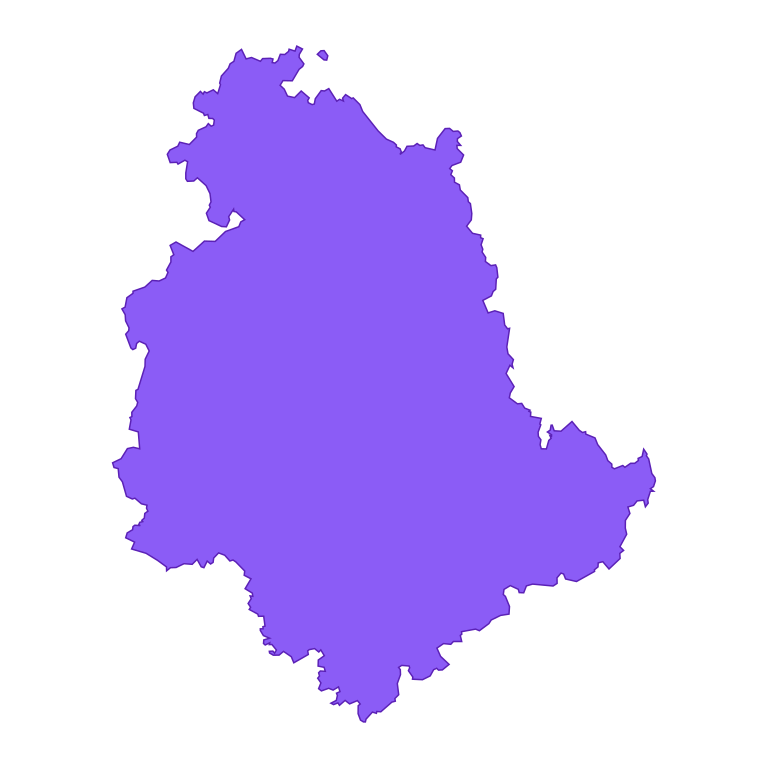 Umbria, Perugia, Italy
{"feature_id": "23120603B26790412086965", "entity_name": "Umbria", "entity_type": "district", "adm_level": 2, "iso_a3": "ITA", "parent_name": "Italy", "parent_adm1": "Perugia", "projection": "orthographic", "projection_center": [12.541, 42.991], "detail": "fine", "context": "isolated", "style": "filled", "palette": "violet", "viewbox_px": 768, "rotation_deg": 0, "n_neighbors": 0, "source": "geoboundaries", "source_scale": "gbopen_adm2", "svg_char_len": 6072}
<svg xmlns="http://www.w3.org/2000/svg" viewBox="0 0 768 768"><path d="M246.1,58.9L241.5,49.4L236.1,53.3L233.9,61.3L230.1,63.8L228.3,68.3L221.4,76.0L219.7,83.1L220.5,84.7L217.7,93.6L213.3,89.8L206.9,92.9L204.4,91.7L203.1,94.1L200.4,91.4L195.1,96.8L193.3,102.9L193.9,108.4L203.5,113.2L204.4,115.5L207.8,114.5L208.9,118.4L212.7,118.5L214.3,120.1L213.6,125.1L211.2,126.2L208.3,123.6L206.0,126.8L198.3,130.3L196.5,133.6L196.6,137.1L189.3,144.5L179.7,142.2L177.8,146.2L170.0,150.0L167.3,154.3L170.2,162.6L176.9,162.3L178.0,164.1L184.9,160.2L187.6,161.7L185.8,172.9L185.8,178.8L187.4,181.3L193.8,181.0L197.4,177.8L206.1,185.6L210.0,193.6L211.0,201.9L209.3,205.2L210.3,207.2L206.4,213.2L209.0,220.6L221.6,226.5L226.4,226.8L229.6,220.0L228.7,216.7L233.6,209.2L233.9,211.5L236.3,211.9L244.7,219.7L240.8,221.9L238.8,226.7L225.5,231.5L215.2,241.4L204.4,241.1L193.0,251.4L176.0,242.0L170.1,245.4L173.8,254.7L170.9,256.8L170.9,262.0L166.5,270.1L168.0,272.4L165.5,278.0L159.1,281.0L152.2,280.4L144.8,287.1L133.0,291.2L133.0,293.3L126.9,297.7L125.1,307.1L121.9,308.9L125.2,314.7L125.6,320.9L129.0,327.8L128.7,330.7L125.7,334.2L130.9,348.0L132.8,349.6L135.7,348.2L136.6,343.5L139.3,341.2L145.8,344.2L149.2,351.0L145.2,359.2L145.0,366.4L138.0,389.3L135.9,390.4L135.5,398.7L137.7,402.3L136.7,406.0L131.8,412.3L131.9,416.6L129.9,417.5L131.0,419.9L129.3,429.2L138.3,431.9L139.7,448.8L133.4,447.3L127.4,448.6L121.1,458.7L112.6,462.8L114.0,467.5L118.2,468.6L119.0,477.2L122.4,481.8L126.5,496.3L132.3,499.0L134.9,498.2L141.4,503.8L147.0,505.2L146.5,508.2L147.9,511.2L144.8,513.4L144.3,518.1L141.8,520.3L142.7,521.6L139.8,522.3L138.7,524.6L140.3,525.6L134.8,525.2L133.0,526.6L132.6,529.7L127.2,532.9L125.7,537.8L134.6,542.1L131.6,549.0L146.1,553.3L157.6,560.4L166.5,566.9L166.6,570.8L170.5,567.7L176.1,567.5L184.0,563.7L192.2,564.3L197.1,559.4L201.2,566.8L203.9,567.7L207.2,561.1L210.6,564.0L213.1,562.4L213.7,558.0L218.6,552.9L224.7,555.2L229.9,561.0L233.0,560.0L235.8,561.9L244.7,571.0L244.2,575.3L251.0,578.8L245.1,588.7L252.3,593.1L252.8,596.3L250.1,595.9L251.2,598.7L248.1,603.5L250.6,607.2L249.2,609.5L257.8,614.1L258.5,616.3L263.7,616.2L265.0,626.1L262.9,626.7L263.1,628.8L260.3,628.8L260.3,630.4L263.4,635.6L269.6,638.2L263.8,639.9L263.5,643.5L265.2,645.0L269.7,642.8L269.3,644.6L271.9,644.5L276.4,650.0L274.6,653.2L272.9,651.1L269.3,651.3L269.6,653.0L273.3,655.2L279.1,655.1L283.5,651.4L291.3,656.7L293.8,662.8L308.3,654.5L307.7,650.8L309.3,649.6L314.6,648.6L318.8,652.0L320.8,649.9L324.3,655.7L318.3,660.0L318.1,666.1L324.1,667.3L325.3,671.3L320.3,671.0L318.6,672.8L319.5,676.0L317.7,678.2L320.9,682.9L318.6,688.7L321.4,690.9L328.7,688.3L333.1,690.1L338.5,686.9L340.0,691.6L336.5,693.2L337.4,695.5L336.3,700.4L330.9,703.2L333.6,704.6L337.9,702.9L339.5,705.3L345.1,700.4L349.6,703.9L357.4,700.6L360.2,704.0L358.2,705.7L358.1,713.7L360.5,720.1L363.4,721.9L365.4,721.9L366.0,719.2L372.4,712.1L376.4,713.3L376.8,711.5L380.8,711.8L391.9,702.1L395.3,701.2L394.9,698.5L398.7,694.7L397.3,683.5L400.5,674.6L400.3,669.6L398.6,667.4L401.7,665.4L409.1,666.0L409.7,667.8L408.4,670.7L412.8,677.0L412.5,679.2L422.5,679.7L430.2,675.9L433.6,669.7L436.7,668.3L438.5,670.1L442.4,669.9L449.1,664.4L440.6,656.4L436.9,648.1L443.5,643.6L450.8,644.3L453.4,641.5L461.7,641.5L460.3,635.4L461.8,634.2L461.5,631.7L475.6,629.1L479.4,630.7L488.9,623.6L491.2,620.0L500.6,615.4L509.0,614.1L509.5,606.5L505.4,596.4L503.3,594.5L504.0,589.4L510.3,585.6L518.3,589.3L519.2,592.6L523.7,592.8L526.4,585.9L532.6,584.1L553.1,586.0L557.1,583.4L557.0,577.8L561.0,573.1L563.6,574.0L565.6,579.0L576.5,581.5L594.6,571.4L594.4,569.8L598.0,566.9L598.2,562.9L602.8,561.7L609.0,569.0L620.1,558.5L619.8,553.4L623.6,550.4L619.9,546.7L626.7,534.2L625.3,528.1L625.4,520.4L629.9,513.5L627.9,507.0L633.6,505.3L637.1,500.9L643.7,500.2L645.4,506.8L648.2,503.1L647.7,499.6L650.4,491.3L653.6,491.2L650.4,488.7L653.5,486.6L655.4,480.9L654.9,477.7L651.8,473.5L648.7,459.0L646.4,455.8L647.0,454.1L643.7,449.2L642.1,456.5L638.1,458.4L638.4,460.5L634.7,463.3L630.6,463.3L624.9,467.3L622.8,465.5L614.4,468.8L611.9,467.3L611.8,464.1L607.8,460.6L605.7,454.9L597.7,444.6L595.0,437.9L585.8,434.1L585.6,431.7L582.5,432.5L579.3,430.3L572.0,421.5L561.0,431.2L554.2,430.8L552.2,425.1L551.1,425.2L550.2,430.1L547.4,432.0L551.6,434.8L551.5,436.2L549.9,435.6L551.1,438.3L548.8,440.4L546.4,448.9L541.3,448.8L540.1,444.7L540.9,439.8L538.4,436.4L538.1,432.2L540.8,424.8L539.8,424.0L541.3,418.4L530.5,416.4L530.8,412.1L529.0,411.4L530.0,410.2L524.7,408.1L521.7,403.4L517.4,403.8L509.3,397.8L510.3,393.0L514.1,386.6L506.1,373.5L509.9,365.3L513.0,367.8L512.1,364.2L513.4,359.6L508.0,353.8L506.8,347.0L509.6,328.3L507.6,328.8L504.7,325.0L503.2,313.4L494.8,310.8L488.1,312.9L482.8,300.4L491.4,295.9L493.1,291.5L495.7,289.3L496.3,278.9L497.9,277.2L496.8,267.7L495.6,264.9L490.9,265.6L485.4,261.5L485.7,257.4L482.1,252.0L482.8,249.2L481.1,244.8L483.1,238.7L480.6,237.7L480.7,235.1L472.5,233.3L466.6,226.2L471.3,219.9L471.8,213.6L470.4,203.6L468.3,201.7L467.8,197.6L460.3,190.0L459.4,184.8L454.5,182.2L454.4,178.0L450.8,174.7L452.4,170.8L449.7,168.6L452.0,165.5L460.7,162.2L463.6,155.0L457.2,148.6L456.9,145.4L460.7,145.4L457.3,141.4L457.5,138.6L461.4,136.0L459.9,132.6L457.9,131.0L453.2,131.4L449.6,128.4L445.1,128.6L437.5,138.4L435.0,150.0L425.1,147.7L423.0,144.9L419.8,145.4L417.1,143.5L413.7,146.0L407.0,146.3L404.4,151.1L400.0,154.4L401.3,151.9L400.1,148.8L396.2,146.8L396.4,145.0L393.5,142.3L386.4,139.1L378.1,130.9L362.7,111.5L359.9,104.6L353.2,97.9L351.7,98.6L345.6,94.6L342.6,98.2L343.4,101.0L339.6,99.3L336.8,101.2L328.8,88.6L324.5,91.0L321.2,90.6L315.3,98.7L314.3,104.0L312.1,104.6L308.3,102.7L307.7,100.4L309.2,97.9L301.2,91.0L294.6,97.6L287.5,96.1L284.2,89.1L280.1,85.3L283.0,80.6L292.3,80.8L299.1,69.3L302.6,66.5L303.9,63.9L299.1,57.3L299.3,54.4L302.5,49.0L296.8,46.1L295.0,51.1L289.1,49.2L288.6,51.4L284.8,54.5L280.3,54.3L277.9,60.6L275.0,63.0L272.2,62.6L273.0,59.0L270.4,58.3L262.6,58.6L260.4,61.3L251.5,57.5L246.1,58.9ZM324.1,50.6L320.9,50.8L317.3,54.3L324.0,59.9L326.7,60.1L327.8,55.8L324.1,50.6Z" fill="#8b5cf6" stroke="#5b21b6" stroke-width="1.5"/></svg>